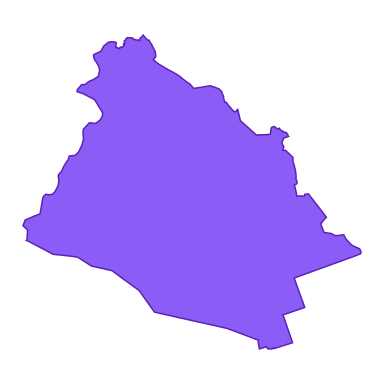 Gārsenes pag., Aknistes, Latvia
{"feature_id": "27541924B32403888288894", "entity_name": "Gārsenes pag.", "entity_type": "district", "adm_level": 2, "iso_a3": "LVA", "parent_name": "Latvia", "parent_adm1": "Aknistes", "projection": "mercator", "projection_center": [25.771, 56.102], "detail": "fine", "context": "isolated", "style": "filled", "palette": "violet", "viewbox_px": 384, "rotation_deg": 0, "n_neighbors": 0, "source": "geoboundaries", "source_scale": "gbopen_adm2", "svg_char_len": 5206}
<svg xmlns="http://www.w3.org/2000/svg" viewBox="0 0 384 384"><path d="M46.5,194.3L46.1,194.3L45.9,194.3L45.7,194.4L45.5,194.6L44.0,195.8L43.9,195.9L42.9,197.7L42.8,197.8L40.6,210.7L40.1,213.4L40.1,213.7L40.0,213.8L39.9,213.9L39.8,214.0L39.1,214.2L33.8,216.3L25.7,219.8L25.3,219.9L25.2,220.1L23.0,225.5L23.1,225.8L24.6,227.2L27.5,229.9L27.5,230.0L27.6,230.4L27.3,234.1L27.1,239.2L27.1,239.3L27.0,239.5L26.4,240.3L26.5,240.3L43.6,249.2L51.8,253.6L52.4,253.9L53.3,254.3L54.0,254.4L61.0,255.1L66.2,255.7L66.3,255.7L71.6,256.3L76.0,256.9L76.1,257.0L77.5,257.1L91.6,266.1L103.3,268.7L111.6,270.6L112.1,270.8L112.4,271.0L112.9,271.3L122.8,278.7L139.0,290.4L139.1,290.5L148.9,304.3L154.5,312.1L181.8,318.3L195.8,321.4L227.0,328.4L244.7,335.0L258.3,340.2L258.6,340.3L258.4,340.8L258.3,341.2L258.2,341.5L258.2,341.8L258.3,342.7L258.8,345.4L258.8,345.9L259.4,348.9L262.1,348.1L264.4,347.3L266.6,346.9L268.0,348.9L271.8,348.9L273.7,347.9L274.0,348.6L280.0,346.7L292.6,342.7L283.0,314.9L288.3,313.1L304.7,307.4L303.7,304.4L298.9,291.2L294.2,278.0L302.5,275.0L315.7,270.2L329.0,265.4L342.3,260.6L355.5,255.8L359.7,254.1L360.2,253.9L360.8,253.6L361.0,252.4L360.7,251.0L359.6,248.8L357.6,247.9L356.7,247.5L353.2,246.0L350.9,244.4L345.7,238.7L343.7,234.7L339.1,235.4L335.3,235.7L331.3,233.5L324.1,232.5L320.6,223.7L322.0,222.5L322.1,221.9L326.4,217.2L318.8,207.3L311.7,198.1L308.4,193.8L304.7,194.4L304.4,196.1L296.8,195.9L296.0,191.2L294.4,185.0L295.5,184.5L296.9,183.7L297.0,181.4L296.0,179.2L296.1,176.4L295.6,171.1L294.2,165.3L292.9,161.3L293.0,159.6L292.9,157.4L289.6,154.2L289.2,153.8L287.4,152.2L286.8,151.4L285.3,150.3L282.8,150.3L283.8,146.9L283.3,145.8L281.7,142.7L282.1,142.1L283.7,138.2L284.8,137.7L288.5,136.4L288.4,136.3L288.3,136.1L288.0,135.6L287.9,135.0L287.8,134.7L287.7,134.5L286.7,133.2L286.3,132.6L286.2,132.4L285.9,132.3L285.7,132.4L285.4,132.5L284.8,132.4L284.7,132.3L284.4,132.2L284.2,132.2L283.8,132.1L283.5,132.0L283.1,132.0L283.0,131.9L283.0,131.7L282.9,131.5L282.9,131.2L282.6,130.9L282.4,130.9L282.1,131.0L281.9,131.0L281.7,130.9L281.0,130.3L280.7,130.0L280.3,129.6L280.2,129.4L280.1,129.2L279.9,129.1L279.7,129.1L279.5,128.6L279.4,128.3L279.1,128.2L278.9,128.2L278.8,128.3L278.7,128.5L278.3,128.7L278.1,128.8L277.5,129.0L275.0,127.0L274.4,126.7L273.7,126.6L272.9,126.8L272.4,127.0L272.2,127.1L271.9,127.2L271.7,127.3L271.2,128.1L271.0,129.3L270.4,134.2L267.0,134.6L256.3,135.0L255.9,134.8L255.7,134.4L240.7,120.9L240.4,120.6L240.3,120.2L237.7,109.4L237.4,109.5L237.2,109.7L237.1,109.8L237.0,110.0L236.9,110.1L236.9,110.3L236.9,110.5L236.7,110.7L236.5,110.9L236.4,111.0L236.2,111.4L236.2,111.5L234.2,111.7L232.3,109.8L228.4,105.3L226.3,102.3L225.0,102.4L223.5,98.0L223.6,96.3L222.1,93.3L222.0,91.9L218.9,88.7L217.8,88.4L217.2,88.2L215.2,87.5L210.2,85.7L208.8,86.0L206.2,86.4L205.0,86.6L203.8,86.8L202.1,87.2L201.6,87.2L193.7,88.4L191.4,85.8L190.7,84.9L190.0,84.0L189.2,83.6L186.5,81.8L183.3,79.3L180.2,76.7L178.0,75.2L177.0,74.5L176.4,74.2L174.9,73.3L170.9,71.1L169.0,70.1L165.0,67.8L163.0,66.6L159.2,64.4L157.6,63.2L155.4,61.5L153.4,60.0L155.0,57.4L155.3,57.4L155.3,57.2L155.2,57.2L155.3,57.0L155.4,56.9L155.5,56.8L155.6,56.7L155.8,55.7L155.2,51.6L152.0,45.2L148.9,40.1L148.4,40.1L148.0,40.2L146.2,38.7L145.9,38.4L145.8,38.2L145.6,38.0L145.4,37.8L145.2,37.6L144.9,37.2L144.5,36.8L144.4,36.6L144.2,36.3L144.1,36.2L143.8,35.9L143.5,35.5L143.3,35.3L143.1,35.1L142.8,35.4L142.6,35.7L142.3,36.1L142.0,36.4L141.8,36.8L141.6,37.1L141.4,37.3L141.2,37.4L140.8,37.7L140.4,38.1L139.4,39.4L139.4,39.8L139.7,40.5L138.9,40.4L138.4,40.3L137.9,40.2L137.5,40.0L136.9,40.0L136.4,40.1L136.2,40.0L135.3,39.6L134.9,39.7L134.2,39.6L133.7,39.6L133.4,39.1L133.4,38.6L132.8,38.1L131.7,37.8L127.5,37.7L127.2,37.8L126.9,38.1L126.7,38.1L126.5,38.3L126.4,38.6L126.2,38.7L126.0,38.8L126.0,39.3L125.9,39.5L125.5,39.9L125.2,40.3L125.0,40.5L124.9,40.6L124.5,40.7L124.2,41.0L124.5,41.2L124.7,41.3L124.8,42.0L125.0,42.5L124.8,42.9L124.6,43.0L124.3,43.3L124.2,43.4L123.9,43.4L123.7,43.5L123.6,43.8L123.5,44.0L123.5,44.3L124.1,44.4L124.2,44.5L124.2,45.5L123.1,46.3L122.9,47.0L122.7,47.3L122.3,47.3L121.6,47.0L121.2,47.1L120.4,47.1L120.1,47.2L120.0,47.3L120.2,47.6L120.4,47.7L120.3,47.9L119.9,48.1L119.6,48.4L119.1,48.6L118.7,48.2L117.7,48.4L117.4,47.8L116.5,47.6L116.5,47.4L116.2,47.0L115.6,46.7L115.6,46.4L115.9,46.4L116.0,46.2L116.0,45.6L115.8,45.0L116.0,44.0L116.4,43.3L116.4,42.9L116.1,42.6L115.5,42.1L115.0,42.0L114.3,41.9L113.9,41.9L113.2,41.8L112.5,41.8L112.3,41.8L111.4,41.7L108.6,42.1L103.9,45.9L100.8,51.3L93.7,54.6L93.5,55.4L94.3,59.2L96.9,63.0L98.8,66.6L98.9,66.9L99.6,70.5L98.4,76.2L97.9,76.6L93.1,79.7L92.5,79.9L90.2,80.8L88.1,82.1L85.1,84.5L81.7,84.6L77.5,89.4L77.3,89.8L77.0,91.4L77.4,91.8L80.4,92.8L82.7,93.5L94.7,99.7L96.1,102.1L97.8,104.8L98.0,105.4L102.4,112.3L102.6,114.7L102.3,115.8L100.8,119.1L99.8,120.3L97.4,122.2L96.5,122.9L95.4,123.4L93.6,123.2L90.9,122.9L89.5,122.8L89.4,122.8L87.5,124.8L83.4,129.2L83.0,132.7L83.5,138.9L81.8,145.5L78.5,152.1L76.7,153.9L75.1,155.4L69.6,155.9L69.1,156.3L67.9,160.5L66.7,161.5L63.2,167.5L61.5,171.5L58.7,174.4L58.2,175.7L58.8,180.3L58.3,185.1L58.1,185.6L54.7,192.2L52.0,194.4L48.3,194.8L47.3,194.5L46.5,194.3Z" fill="#8b5cf6" stroke="#5b21b6" stroke-width="1.5"/></svg>